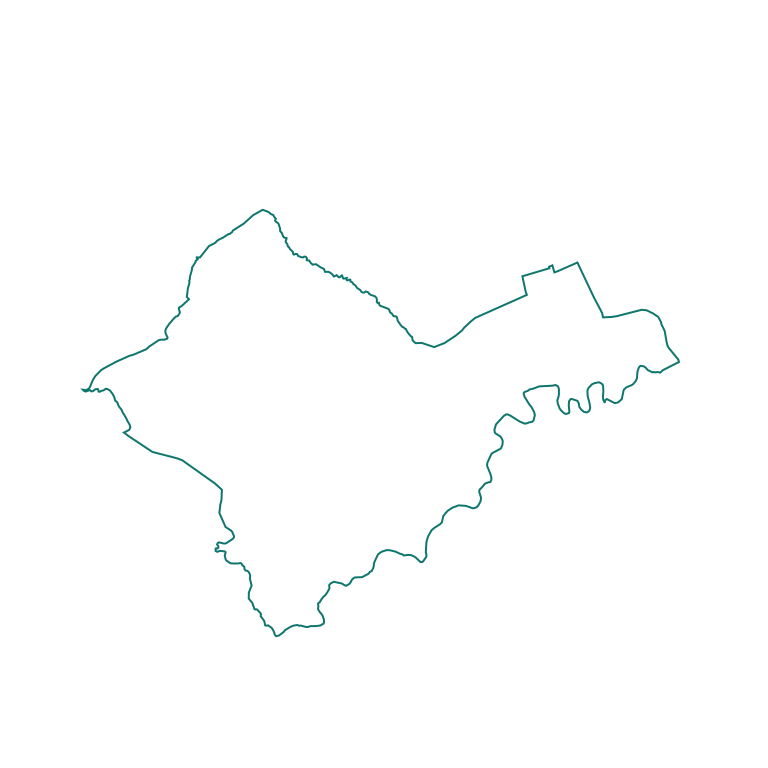 the district of Progreso de Obregón, Hidalgo, Mexico, rotated 250°
{"feature_id": "50627088B79167311064523", "entity_name": "Progreso de Obregón", "entity_type": "district", "adm_level": 2, "iso_a3": "MEX", "parent_name": "Mexico", "parent_adm1": "Hidalgo", "projection": "mercator", "projection_center": [-99.182, 20.304], "detail": "fine", "context": "isolated", "style": "outline", "palette": "teal", "viewbox_px": 768, "rotation_deg": 250, "n_neighbors": 0, "source": "geoboundaries", "source_scale": "gbopen_adm2", "svg_char_len": 6164}
<svg xmlns="http://www.w3.org/2000/svg" viewBox="0 0 768 768"><g transform="rotate(250 384 384)"><path d="M565.7,339.5L570.4,339.7L571.7,339.3L573.7,337.7L575.0,337.6L576.3,338.9L578.2,338.1L580.7,337.7L582.6,335.6L584.0,335.1L586.2,333.2L589.2,329.5L587.4,318.8L582.7,307.1L579.9,294.5L578.7,293.3L577.8,290.2L578.0,288.7L576.5,282.4L576.3,279.1L575.6,276.0L574.4,273.7L573.4,266.6L565.9,254.4L567.0,251.3L566.7,251.1L565.1,251.7L564.1,249.2L562.9,248.4L559.1,243.5L557.1,242.6L551.3,238.4L548.7,237.3L547.6,236.2L546.0,236.0L540.9,232.4L533.2,228.5L530.3,229.7L526.5,220.5L525.8,217.3L524.2,216.8L521.3,216.8L519.9,215.6L518.4,213.3L518.5,211.5L517.5,209.0L513.6,202.2L510.6,198.1L508.8,196.7L506.7,196.1L501.6,196.5L500.7,195.6L500.8,192.6L501.9,189.8L502.2,187.1L499.5,176.2L498.0,172.7L497.2,157.7L497.6,154.7L496.5,139.7L494.4,125.5L493.8,123.0L490.3,115.6L487.2,111.6L481.6,106.5L480.7,105.2L480.3,103.7L480.4,101.3L481.6,99.1L480.0,99.8L478.9,101.2L478.9,104.3L478.6,105.8L477.2,106.4L476.8,108.2L477.8,110.8L477.2,113.3L475.6,113.5L474.6,113.2L473.9,114.1L474.2,115.9L474.0,118.4L474.7,120.8L474.0,122.2L471.8,124.2L467.3,125.6L464.5,126.0L460.3,125.7L458.3,127.0L453.6,127.2L449.8,128.5L446.2,128.8L440.5,130.0L436.6,130.3L433.2,131.0L431.6,131.0L429.9,130.8L428.0,128.8L427.3,123.0L421.8,126.6L399.3,143.2L384.9,164.2L381.5,168.2L348.4,191.1L340.1,195.5L330.6,191.6L326.4,188.8L319.1,185.2L303.8,186.2L298.4,190.3L296.7,190.8L292.1,191.0L290.9,190.2L290.2,188.9L288.3,181.2L288.8,179.1L291.6,174.8L291.5,173.5L290.4,172.3L288.1,172.8L286.8,172.4L286.4,171.2L287.0,170.2L286.9,169.5L284.6,168.7L283.3,170.0L283.4,172.6L281.2,177.0L280.5,177.5L279.8,177.5L277.3,175.7L273.5,175.2L272.3,175.4L268.5,178.0L267.6,179.2L265.2,185.7L264.9,187.7L264.3,188.5L262.7,189.1L262.0,188.9L260.1,190.2L257.7,189.6L256.1,190.1L255.4,191.4L254.1,192.4L251.1,192.9L248.6,192.3L247.1,191.4L240.0,190.7L234.1,185.6L228.6,183.5L223.3,185.4L216.8,185.3L216.2,185.8L215.8,187.3L215.0,187.9L210.7,189.6L209.5,189.7L208.8,189.0L208.0,188.7L202.4,190.4L197.8,189.8L197.2,190.5L196.9,192.5L193.1,195.1L189.4,195.8L185.5,195.7L183.9,196.5L183.6,199.4L185.3,204.9L186.5,206.7L187.8,213.1L187.9,216.3L187.2,220.1L186.0,221.3L185.4,223.3L182.5,227.4L181.7,229.3L181.7,231.9L179.6,237.8L178.8,242.0L179.3,243.5L179.4,245.1L180.6,246.2L183.3,247.0L187.9,247.0L191.6,245.7L194.2,245.1L195.6,245.2L197.7,246.4L199.9,246.7L200.7,247.6L200.7,248.7L203.3,251.9L204.8,254.3L205.6,256.6L207.4,259.2L210.5,262.8L213.5,263.6L214.1,264.1L214.9,265.9L215.3,269.2L211.0,276.1L208.0,278.5L207.4,279.3L208.0,283.1L209.1,284.9L211.0,286.8L211.9,288.7L212.2,290.4L210.0,297.3L211.0,304.6L212.3,306.6L212.4,308.4L214.5,310.7L216.8,312.4L218.2,312.8L220.0,314.1L225.4,319.5L226.0,320.2L227.2,324.4L227.0,329.7L225.7,332.8L222.6,337.4L219.2,340.8L217.8,342.8L216.0,344.0L215.4,347.6L214.0,350.8L211.4,353.5L210.0,354.5L204.2,357.4L203.6,358.9L204.0,360.2L207.0,364.4L208.1,365.2L211.7,365.8L221.2,369.9L225.8,373.4L230.4,378.8L231.6,382.2L233.1,388.8L234.2,391.1L239.4,394.4L241.3,397.1L243.2,400.9L244.4,406.3L244.4,412.7L241.4,419.4L237.0,424.7L236.5,426.1L236.5,428.8L237.4,430.8L239.2,432.9L240.9,434.7L243.9,436.3L250.2,436.6L252.1,437.7L253.1,440.2L255.8,444.8L255.9,448.4L255.5,450.4L257.3,452.1L259.3,452.9L263.1,453.2L271.9,452.9L274.2,453.9L275.8,455.3L281.5,461.0L282.0,462.1L283.4,471.7L286.1,474.3L289.5,476.0L291.6,476.1L294.8,475.5L299.3,472.0L300.5,471.5L303.2,472.1L307.7,475.4L313.1,485.8L313.6,488.3L313.4,489.4L311.0,492.0L302.5,498.5L298.9,502.3L298.2,504.2L298.3,506.9L297.8,510.2L298.5,512.0L303.1,515.1L306.5,515.5L311.7,514.7L315.8,513.4L324.1,511.7L326.9,511.9L327.7,512.2L328.4,513.3L328.4,516.8L329.1,519.0L328.6,522.1L328.7,528.9L324.7,542.1L324.4,544.9L322.2,546.7L319.7,546.7L314.6,544.9L312.4,543.7L309.4,541.3L306.2,540.6L300.9,540.7L298.5,541.4L294.9,543.2L293.6,544.7L293.4,547.8L294.5,548.7L300.7,550.3L304.5,552.0L305.9,554.0L305.7,555.4L302.0,560.0L299.0,560.4L295.7,559.7L292.6,560.5L289.5,562.3L288.2,564.2L287.9,565.4L288.6,567.8L291.0,569.6L295.8,570.6L302.6,571.2L307.5,572.6L308.9,573.4L310.5,575.0L312.6,579.4L312.8,582.2L312.1,586.6L310.0,588.6L308.6,589.2L307.2,589.2L301.7,587.5L297.3,585.4L294.5,584.7L290.7,585.0L292.2,585.5L293.3,586.7L293.6,588.3L287.2,594.2L286.6,597.6L288.4,602.2L295.8,606.8L296.8,607.7L298.0,610.8L298.2,616.0L298.6,617.9L300.6,621.5L303.0,623.8L308.6,626.2L312.1,628.9L313.1,630.4L313.2,631.5L311.7,634.2L309.8,635.5L306.8,636.7L303.2,640.2L302.7,642.2L302.1,642.9L301.6,645.5L300.2,647.4L301.6,650.7L303.8,668.7L306.3,668.9L320.5,663.9L322.6,663.5L326.1,663.8L337.9,665.9L345.5,665.1L347.3,665.5L353.3,664.6L358.5,660.8L363.5,655.9L365.6,651.5L368.1,626.1L369.2,620.6L371.7,612.6L375.8,613.2L378.0,613.0L394.2,610.8L432.0,607.3L430.6,586.3L430.6,582.3L437.9,582.8L437.7,579.2L436.2,579.0L437.9,550.9L422.3,548.7L418.9,548.7L414.9,492.2L413.1,487.0L409.4,478.4L407.6,475.6L404.8,467.5L401.8,455.0L401.5,443.8L409.7,433.5L411.6,427.6L415.3,425.8L418.5,426.5L419.9,425.5L422.4,424.5L425.6,423.6L428.1,423.4L428.9,422.5L430.6,421.8L431.3,420.8L433.8,419.8L438.4,418.6L442.8,418.9L443.7,418.1L444.4,416.2L447.7,415.4L448.9,414.3L452.3,414.2L453.6,413.3L458.8,407.2L460.0,406.7L462.1,407.0L462.4,405.7L463.1,405.4L464.1,405.4L464.9,406.0L467.5,406.4L469.6,405.4L472.2,402.1L474.2,400.7L475.3,400.7L476.5,399.4L477.2,398.4L476.7,396.5L477.4,395.0L478.7,394.2L480.4,393.8L483.4,391.6L486.2,390.9L488.6,389.3L490.4,389.0L491.7,387.6L493.5,388.0L493.8,387.6L493.9,384.9L494.5,384.5L495.4,384.5L496.3,385.3L496.8,382.1L497.4,381.7L500.3,381.7L500.4,381.2L499.5,379.0L499.7,378.1L502.5,376.7L502.1,374.0L502.4,373.5L504.6,373.0L506.9,371.6L508.3,370.3L509.5,367.0L512.7,366.9L515.1,364.5L519.8,361.1L520.6,357.7L523.3,356.4L525.7,355.9L526.4,354.1L527.0,353.7L528.4,354.5L529.3,354.5L530.1,354.0L530.8,353.3L531.0,352.4L530.6,351.4L531.3,349.8L533.7,347.1L535.4,346.9L536.0,346.5L536.5,345.2L536.4,343.6L536.8,343.2L539.4,343.5L542.8,341.9L545.4,341.4L546.2,340.7L548.4,341.0L550.7,340.2L551.8,340.4L553.5,341.9L554.6,342.3L555.5,340.4L557.2,339.7L560.7,339.7L563.1,338.7L565.7,339.5Z" fill="none" stroke="#0f766e" stroke-width="2"/></g></svg>